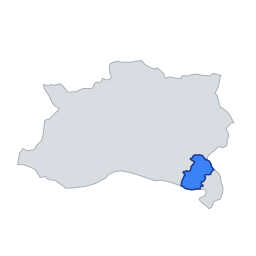 Bulgaria, with Montana highlighted, rotated 188°
{"feature_id": "BGR-2250", "entity_name": "Montana", "entity_type": "Province", "adm_level": 1, "iso_a3": "BGR", "parent_name": "Bulgaria", "parent_adm1": "", "projection": "orthographic", "projection_center": [23.215, 43.499], "detail": "fine", "context": "in_parent", "style": "filled", "palette": "blue", "viewbox_px": 256, "rotation_deg": 188, "n_neighbors": 0, "source": "natural_earth", "source_scale": "10m", "svg_char_len": 3206}
<svg xmlns="http://www.w3.org/2000/svg" viewBox="0 0 256 256"><g transform="rotate(188 128 128)"><path d="M217.8,159.3L213.2,158.7L211.6,159.1L210.6,160.3L208.4,160.2L205.8,160.3L203.1,161.8L201.6,162.4L199.4,161.3L195.4,157.9L193.0,155.5L191.2,155.0L189.5,155.8L183.4,156.9L182.0,158.5L179.2,160.2L176.3,161.1L172.2,161.8L170.0,161.8L168.8,162.7L167.9,165.1L167.3,167.4L166.7,168.4L161.6,169.7L160.5,171.1L160.2,172.4L160.4,173.7L156.2,172.6L153.0,173.5L152.3,174.5L151.7,176.0L152.1,177.5L153.3,178.9L154.6,182.9L155.1,186.8L154.5,189.1L152.2,190.8L147.3,192.8L142.5,192.1L140.4,192.8L136.8,193.2L133.6,193.7L128.6,195.5L124.1,196.6L120.0,193.3L115.1,191.2L110.0,189.9L108.2,191.0L107.5,191.7L103.2,188.9L101.3,187.9L100.3,186.7L98.5,182.9L97.5,182.7L94.0,184.3L90.6,184.2L88.6,184.0L82.6,184.2L81.8,186.9L81.1,187.3L79.8,187.7L76.6,187.6L72.5,189.6L68.1,190.8L64.7,190.9L61.1,190.3L59.0,190.7L54.4,190.9L51.5,193.8L47.0,193.7L43.2,193.1L43.7,192.2L44.5,180.7L46.4,175.6L46.3,174.6L45.9,173.8L44.3,172.9L43.1,170.2L40.6,162.9L39.2,161.4L35.3,159.8L32.0,157.7L29.1,154.9L23.9,148.0L26.6,147.3L27.4,145.9L30.1,142.2L30.4,140.3L30.1,139.3L28.3,137.5L27.2,133.5L28.1,129.8L28.2,127.9L27.3,126.0L28.3,123.7L30.2,122.4L31.4,122.0L36.4,121.8L39.6,117.1L41.5,115.7L43.5,113.0L44.4,112.0L45.3,110.0L45.6,107.8L41.6,104.9L40.3,102.6L38.6,100.2L36.2,98.4L31.5,95.5L29.6,92.5L28.8,88.7L27.6,85.7L26.2,83.8L26.0,82.3L25.4,80.4L25.3,76.6L26.5,71.7L27.2,70.0L28.8,69.5L33.1,66.9L33.3,63.5L34.1,61.4L35.5,60.2L36.7,59.4L39.0,61.4L44.7,64.6L47.4,66.8L47.3,68.3L46.0,69.6L43.5,71.0L42.1,72.8L41.7,75.1L42.0,76.7L43.7,78.0L53.9,76.2L64.2,77.2L78.0,80.2L87.2,81.1L94.0,79.6L106.6,82.0L118.4,84.1L129.6,84.6L135.9,82.5L140.2,79.8L143.8,74.9L153.0,68.3L161.9,64.4L173.6,61.1L181.5,59.7L182.6,60.7L193.0,66.0L197.5,65.8L201.1,66.6L202.5,68.0L203.5,68.4L208.2,66.7L210.5,69.7L214.1,74.0L220.0,75.9L225.1,76.9L226.7,77.0L232.1,76.5L232.0,87.7L229.2,93.0L224.2,91.6L218.1,93.4L215.1,99.5L213.4,101.3L211.8,103.5L211.1,111.1L211.6,123.6L209.3,125.3L207.1,125.9L198.6,137.3L204.0,140.1L206.4,142.3L210.6,148.7L216.5,155.7L217.8,159.3Z" fill="#d9dde1" stroke="#a8b0b8" stroke-width="1"/><path d="M45.8,107.9L45.7,107.3L45.2,107.1L43.5,106.7L42.9,106.3L42.4,105.9L41.6,104.7L40.8,103.8L40.6,103.5L40.4,103.2L40.3,102.3L40.2,101.9L39.8,101.3L37.4,98.9L37.1,98.7L38.7,97.3L39.6,94.8L39.6,93.9L40.3,93.5L41.5,93.0L43.5,92.8L45.3,92.2L45.6,91.5L45.4,90.6L44.7,90.4L44.3,89.7L44.8,87.3L46.0,85.4L47.6,84.8L48.0,84.2L47.6,83.2L47.4,82.3L46.7,82.0L46.1,81.9L45.6,81.2L46.1,80.6L46.9,80.6L47.8,80.4L48.0,79.3L48.2,77.7L50.8,77.4L51.8,77.0L53.0,76.8L54.2,76.1L57.2,75.7L62.5,75.9L66.1,77.9L67.1,78.1L67.5,79.6L67.1,83.6L66.6,85.2L66.0,86.8L65.9,87.3L65.9,87.9L65.6,88.5L65.0,88.9L64.8,89.6L65.4,90.2L65.7,90.4L66.1,90.5L66.4,91.0L66.7,91.3L67.2,91.6L67.2,92.1L66.7,92.6L66.2,92.2L65.4,92.8L64.6,93.7L64.0,93.8L63.3,93.7L62.5,93.2L61.1,94.0L60.1,95.5L60.2,97.3L59.9,99.1L59.1,100.2L58.4,101.5L57.6,102.5L57.3,103.8L59.8,104.7L61.9,105.8L61.5,106.9L60.6,107.0L59.7,107.8L59.8,109.0L58.5,110.4L57.0,110.9L56.0,110.6L54.9,110.9L53.7,111.4L50.6,111.1L49.7,110.4L47.3,107.5L45.8,107.9Z" fill="#3b82f6" stroke="#1e3a8a" stroke-width="1.5"/></g></svg>